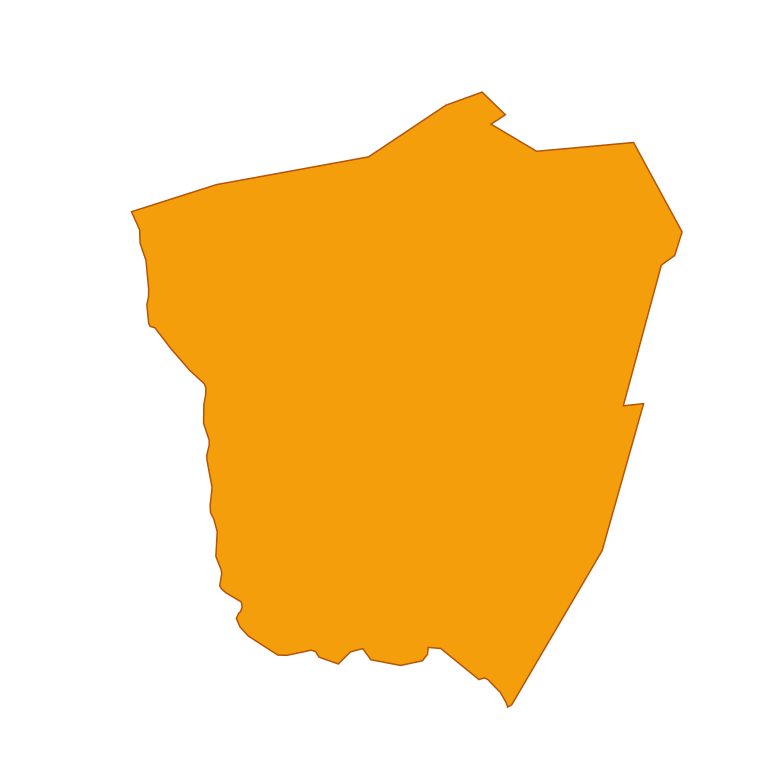 Hart, Georgia, United States of America (Equal Earth projection), rotated 188°
{"feature_id": "52423323B38261098035275", "entity_name": "Hart", "entity_type": "district", "adm_level": 2, "iso_a3": "USA", "parent_name": "United States of America", "parent_adm1": "Georgia", "projection": "equal_earth", "projection_center": [-82.915, 34.353], "detail": "fine", "context": "isolated", "style": "filled", "palette": "amber", "viewbox_px": 768, "rotation_deg": 188, "n_neighbors": 0, "source": "geoboundaries", "source_scale": "gbopen_adm2", "svg_char_len": 1102}
<svg xmlns="http://www.w3.org/2000/svg" viewBox="0 0 768 768"><g transform="rotate(188 384 384)"><path d="M216.6,81.3L212.9,84.1L144.8,249.4L124.2,400.7L144.0,395.7L125.9,540.4L114.0,551.8L110.0,576.1L170.5,657.9L265.4,635.7L314.2,656.2L301.3,667.5L327.5,686.7L361.5,668.7L430.9,606.8L577.5,558.2L658.0,519.5L647.4,502.6L645.1,489.4L637.0,473.5L630.3,445.5L629.3,437.3L629.9,429.6L625.4,411.1L623.5,408.5L618.7,407.8L599.9,389.3L590.7,381.3L578.3,370.5L561.9,359.1L559.8,355.2L559.1,348.6L559.5,338.6L557.2,319.9L549.3,304.1L548.6,299.1L549.6,288.8L548.6,283.6L541.2,261.6L539.8,257.6L539.3,239.5L537.9,232.5L533.6,226.2L528.6,214.6L526.5,189.8L519.5,177.6L518.3,173.9L518.6,161.2L516.3,158.4L511.2,155.1L495.0,148.3L493.4,143.4L494.3,138.8L495.9,136.9L497.6,131.3L492.7,123.3L483.1,115.4L451.4,100.8L442.3,101.8L419.1,110.3L414.5,109.5L410.2,104.4L390.3,100.4L379.9,114.1L368.2,119.0L358.6,109.1L328.4,107.6L308.2,115.0L307.4,115.3L303.3,122.5L303.6,129.3L291.0,130.0L248.8,104.5L243.7,106.9L240.2,105.9L225.7,94.6L218.5,85.2L216.6,81.3Z" fill="#f59e0b" stroke="#b45309" stroke-width="1.5"/></g></svg>